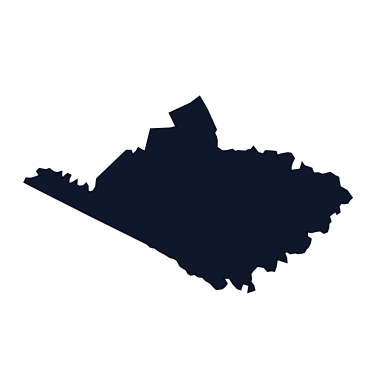 Diamante D'Oeste, Paraná, Brazil (Robinson projection), rotated 139°
{"feature_id": "56859067B14364856509720", "entity_name": "Diamante D'Oeste", "entity_type": "district", "adm_level": 2, "iso_a3": "BRA", "parent_name": "Brazil", "parent_adm1": "Paraná", "projection": "robinson", "projection_center": [-54.104, -24.969], "detail": "fine", "context": "isolated", "style": "filled", "palette": "ink", "viewbox_px": 384, "rotation_deg": 139, "n_neighbors": 0, "source": "geoboundaries", "source_scale": "gbopen_adm2", "svg_char_len": 2134}
<svg xmlns="http://www.w3.org/2000/svg" viewBox="0 0 384 384"><g transform="rotate(139 192 192)"><path d="M219.3,86.4L216.1,88.4L213.3,89.3L210.1,84.0L215.5,79.5L209.0,76.9L207.0,80.9L206.7,85.6L203.9,87.9L201.6,91.6L197.9,92.7L195.0,92.8L191.3,93.2L186.9,87.9L187.0,82.7L183.5,80.5L181.7,78.2L177.2,80.9L171.9,85.4L170.3,82.7L166.6,76.7L164.0,80.3L162.0,85.9L159.2,84.4L158.2,81.0L154.1,78.6L152.2,76.0L149.0,73.8L146.4,72.8L143.8,74.0L140.6,74.2L136.6,75.7L133.0,78.5L134.2,82.7L131.1,86.4L128.1,83.0L124.1,81.0L120.5,78.6L119.4,74.4L115.9,73.3L112.3,75.6L109.6,78.5L106.6,78.7L104.3,83.7L101.1,83.7L96.3,83.3L97.1,80.3L93.6,79.8L90.7,84.7L86.9,85.9L84.7,83.5L81.6,81.5L78.7,82.5L74.9,82.7L74.1,91.4L76.8,98.7L74.0,103.7L71.8,106.9L73.4,110.3L74.9,116.0L79.7,118.2L82.5,120.2L84.1,123.4L88.0,126.5L86.1,131.3L90.1,138.0L89.6,141.9L95.4,138.1L103.3,143.2L100.8,146.1L97.5,148.3L92.8,150.4L91.9,156.0L94.0,158.6L100.4,162.4L103.8,163.6L102.1,167.3L106.2,171.7L109.6,174.8L113.2,173.9L116.4,178.2L115.9,186.0L119.8,185.2L122.1,186.9L124.9,187.5L130.0,192.7L132.8,194.1L133.6,197.5L139.3,200.6L142.3,203.1L143.8,209.5L139.3,214.5L137.5,217.9L136.4,222.0L132.8,223.2L126.2,245.2L123.6,259.1L134.9,259.9L157.2,266.4L161.2,251.6L166.7,254.5L181.9,266.6L200.6,253.4L202.3,256.5L203.5,260.5L207.5,259.2L212.4,259.1L210.8,263.2L214.4,266.4L255.2,264.4L261.2,258.9L265.3,257.7L268.4,258.2L270.1,260.8L266.7,264.7L266.1,267.9L270.0,267.9L273.4,270.1L274.5,272.9L270.9,276.6L276.2,277.5L279.7,279.0L276.3,282.7L272.5,284.3L273.8,287.4L276.5,287.6L281.0,287.4L279.3,290.8L277.0,293.0L281.0,294.7L283.2,297.7L284.4,303.2L287.8,304.4L291.8,309.7L295.5,309.5L296.1,304.5L299.5,305.6L304.6,307.8L308.1,311.2L312.2,309.5L306.3,294.6L283.5,238.7L261.2,185.2L260.0,182.4L259.5,177.7L256.7,174.1L255.5,168.7L253.3,163.2L251.4,156.9L249.2,154.0L248.2,150.1L249.5,143.7L248.6,140.3L247.5,137.4L248.3,133.2L247.5,130.3L244.1,128.4L242.8,123.9L239.9,120.9L239.7,116.4L237.9,111.2L237.8,106.5L237.5,102.5L232.6,99.3L229.1,99.2L225.7,99.9L224.6,106.3L220.3,102.6L221.2,95.4L221.1,89.5L219.3,86.4Z" fill="#0f172a" stroke="#020617" stroke-width="1.5"/></g></svg>